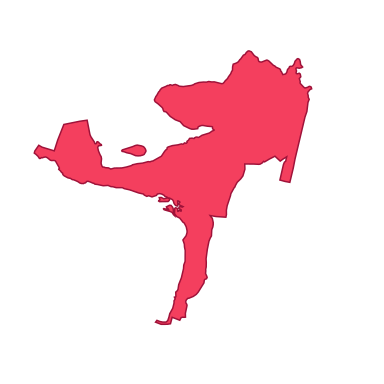 the district of Port Vila, Shefa, Vanuatu, rotated 75°
{"feature_id": "77236927B39670792397739", "entity_name": "Port Vila", "entity_type": "district", "adm_level": 2, "iso_a3": "VUT", "parent_name": "Vanuatu", "parent_adm1": "Shefa", "projection": "orthographic", "projection_center": [168.318, -17.732], "detail": "fine", "context": "isolated", "style": "filled", "palette": "rose", "viewbox_px": 384, "rotation_deg": 75, "n_neighbors": 0, "source": "geoboundaries", "source_scale": "gbopen_adm2", "svg_char_len": 5986}
<svg xmlns="http://www.w3.org/2000/svg" viewBox="0 0 384 384"><g transform="rotate(75 192 192)"><path d="M125.5,54.2L123.6,51.5L123.3,49.7L121.5,49.7L120.6,50.6L120.3,51.4L120.8,53.4L120.8,55.7L120.5,56.3L119.2,57.2L115.2,59.3L114.5,59.4L113.5,58.9L110.2,59.0L108.9,57.1L106.1,56.9L105.0,57.7L105.1,59.7L104.6,60.5L104.3,60.6L103.4,60.5L102.1,59.7L100.5,59.8L99.6,59.6L99.2,59.2L99.3,58.2L100.2,56.4L100.3,53.9L99.9,52.8L97.1,54.1L94.1,53.7L91.8,53.8L90.6,55.1L90.6,55.9L92.3,58.6L94.5,60.0L95.8,61.4L96.4,62.4L96.4,63.5L96.0,64.6L96.2,65.4L97.2,66.1L98.4,68.0L100.8,69.4L102.0,70.7L102.2,71.4L102.1,73.9L98.9,74.5L98.1,75.0L97.0,74.9L95.8,75.3L93.2,78.5L91.7,79.4L90.7,80.6L85.6,83.7L84.3,84.9L83.9,85.8L84.5,91.1L84.0,92.6L83.2,93.6L81.9,93.8L80.0,93.6L79.0,94.0L77.8,95.4L76.3,96.6L71.9,98.4L70.5,100.3L70.3,101.3L71.2,103.3L72.9,105.2L73.1,106.9L76.2,110.7L76.5,111.5L78.2,113.5L78.9,115.6L79.2,119.1L81.6,120.4L84.9,121.4L85.9,122.6L87.8,124.0L90.1,126.9L91.6,128.3L93.2,131.2L94.4,132.6L95.2,134.0L95.0,135.4L91.4,141.9L90.8,144.5L89.6,147.2L89.6,149.7L88.8,152.3L88.0,156.9L88.2,161.3L88.7,162.7L88.9,165.0L87.9,173.1L86.5,176.9L85.3,178.1L83.8,180.2L83.7,182.2L84.0,183.4L82.8,185.1L82.7,185.7L83.2,186.5L82.8,187.7L82.9,188.6L83.2,189.7L83.8,194.3L85.0,196.2L86.2,197.3L86.7,198.3L89.7,201.2L90.3,202.1L93.3,204.5L94.5,204.4L95.3,204.2L98.0,202.0L102.6,199.0L103.7,198.6L105.4,198.6L107.0,198.2L107.6,196.8L108.4,196.0L113.3,193.5L117.9,189.5L121.0,185.2L125.7,182.9L130.1,177.8L131.2,176.1L131.8,174.1L132.3,170.1L130.9,169.4L130.5,168.5L130.2,165.9L130.5,164.3L132.4,160.2L134.0,155.8L134.4,155.4L136.0,155.7L137.1,155.3L137.5,154.7L138.1,154.8L138.4,157.0L139.5,159.9L139.8,167.7L140.9,171.1L140.9,172.0L140.3,172.8L140.0,173.8L140.3,175.4L140.8,175.9L140.8,176.3L140.0,178.0L139.6,180.5L141.0,181.9L141.8,183.8L142.8,183.8L143.4,184.8L143.4,185.4L142.7,186.2L142.7,186.7L143.4,187.7L143.4,188.7L142.8,189.8L142.8,193.4L142.1,198.9L142.3,203.2L142.6,204.4L144.1,205.1L144.6,206.4L145.6,207.9L149.5,212.3L151.9,221.7L151.8,223.5L152.0,224.8L151.3,226.4L151.3,232.3L150.5,237.4L150.3,242.4L150.8,243.6L150.9,248.8L150.6,253.6L148.8,260.8L148.8,264.5L147.1,266.4L146.2,269.0L145.7,270.0L145.1,270.6L144.9,271.6L144.6,271.9L143.5,272.3L141.4,272.4L140.4,272.3L136.6,270.8L134.4,270.6L132.1,271.2L128.3,271.7L124.6,271.6L123.2,270.4L123.5,267.7L123.5,267.4L122.7,267.3L121.8,268.3L119.6,269.5L119.0,270.1L119.0,270.9L120.4,271.8L120.4,272.9L120.0,273.3L118.4,273.4L112.3,275.4L110.0,275.7L95.5,274.7L94.6,282.2L93.6,298.3L107.1,308.3L116.6,314.4L109.9,325.2L107.2,327.9L111.7,333.2L113.6,334.3L115.2,333.0L117.7,331.5L120.1,330.7L120.3,329.6L119.8,328.6L120.3,327.4L120.1,326.7L120.2,324.4L121.4,322.9L124.5,320.7L125.2,319.7L125.8,317.1L126.6,315.9L134.3,313.9L135.0,314.1L135.2,314.7L135.6,314.9L137.6,313.6L139.5,312.9L140.2,312.1L141.8,312.2L143.3,311.3L146.2,308.2L147.4,305.9L149.0,304.5L149.6,303.1L151.4,300.8L152.7,299.3L154.2,298.1L155.1,296.8L155.8,294.6L155.5,293.7L155.6,292.5L154.6,291.0L154.7,289.7L156.0,287.7L157.7,285.6L158.3,284.4L159.0,284.1L159.4,283.5L160.3,281.3L163.0,276.1L163.9,271.4L165.9,268.8L166.4,267.1L168.2,264.1L169.8,258.1L171.2,256.6L173.7,251.8L179.1,243.8L181.2,239.8L181.6,239.3L182.5,239.0L184.5,236.8L184.4,234.8L186.4,231.9L186.1,227.2L185.0,226.0L185.2,223.6L186.2,221.7L188.1,219.7L189.2,219.3L190.4,217.5L191.3,217.0L192.2,215.1L194.3,212.9L195.5,212.4L198.4,212.3L199.9,211.8L200.8,211.3L201.8,209.9L201.6,209.3L196.9,208.2L196.9,207.8L198.2,206.4L198.9,206.4L199.4,207.5L200.6,207.7L201.5,207.3L203.8,204.4L204.1,205.3L203.1,207.0L203.1,207.9L203.5,208.6L204.5,208.9L206.3,207.1L207.0,207.1L207.6,207.4L207.5,208.0L206.5,208.9L206.6,209.5L207.1,210.2L207.0,210.7L204.4,210.3L203.9,210.5L203.0,211.8L203.1,212.4L203.6,213.0L207.8,214.3L208.6,214.4L211.7,213.2L214.0,210.6L218.9,208.5L220.0,207.5L224.1,206.6L228.2,206.8L229.9,207.3L232.7,209.0L236.0,213.2L240.3,212.9L243.3,213.5L246.7,213.7L257.2,216.6L260.5,218.9L264.0,220.1L272.2,224.5L278.0,228.8L282.4,230.7L283.5,231.7L284.5,233.6L288.7,234.6L289.1,234.9L289.0,236.2L289.8,236.2L290.2,235.8L291.0,236.0L292.4,237.5L294.6,238.1L299.3,240.7L303.8,245.0L306.8,246.6L309.9,248.7L310.8,250.4L310.8,251.4L310.0,254.1L308.8,256.5L306.9,259.1L308.3,260.9L311.8,256.1L313.4,250.0L313.7,246.9L307.9,243.6L312.7,237.0L310.5,235.0L310.5,233.5L311.0,232.1L311.2,230.7L307.5,229.8L300.4,226.2L299.1,226.1L297.6,226.6L295.8,226.3L294.6,225.2L293.6,223.5L293.8,222.4L293.2,217.8L292.0,214.4L290.3,211.9L282.9,204.0L280.3,202.9L279.7,202.1L279.6,200.5L278.5,199.5L277.3,199.5L274.3,200.0L271.8,199.1L270.3,198.8L268.1,197.7L264.0,196.5L260.2,195.7L251.5,192.1L244.0,188.4L241.3,186.4L239.5,184.6L233.6,182.7L231.1,180.9L229.1,180.0L227.0,179.4L222.6,179.2L221.1,180.0L219.4,180.6L221.9,175.2L225.1,165.8L222.8,164.6L218.5,163.5L214.4,161.6L205.6,155.8L203.7,154.9L198.9,150.3L198.3,149.3L197.0,148.4L194.3,145.8L191.9,141.5L189.7,138.7L183.7,135.0L178.6,133.8L180.9,125.4L182.6,120.2L182.7,118.8L182.0,116.4L180.9,115.0L181.7,114.1L180.2,108.7L178.9,102.6L185.0,98.8L183.7,95.4L182.5,91.4L186.6,93.6L187.1,95.0L189.2,96.6L203.2,104.0L205.9,99.4L208.0,95.0L195.1,88.0L186.7,83.9L148.9,63.5L144.0,60.2L135.5,56.8L132.8,54.8L130.7,55.2L128.8,54.8L126.8,54.9L125.5,54.2ZM132.8,237.5L133.3,248.4L134.0,249.2L134.7,249.0L135.6,247.1L137.2,244.9L139.0,241.3L142.3,237.1L143.1,234.9L143.6,232.6L143.6,229.9L143.3,228.5L141.0,226.1L140.2,225.8L138.5,225.9L136.7,226.5L135.6,227.2L134.3,229.0L132.5,232.8L132.4,234.8L132.8,237.5ZM210.3,215.0L206.6,215.1L203.2,214.5L201.6,214.7L199.5,215.7L199.0,217.2L199.7,220.6L200.8,220.4L201.8,219.5L202.9,219.2L202.7,220.0L200.7,223.5L200.9,223.9L201.7,223.7L202.4,222.8L205.1,218.3L206.2,216.9L206.9,216.4L209.2,215.7L210.3,215.0ZM191.2,221.0L189.3,223.1L188.9,225.1L191.2,225.0L191.6,226.3L192.1,226.6L192.9,225.9L195.0,217.6L194.3,216.2L193.0,215.2L192.0,216.3L191.3,217.6L191.4,218.7L191.2,221.0Z" fill="#f43f5e" stroke="#9f1239" stroke-width="1.5"/></g></svg>